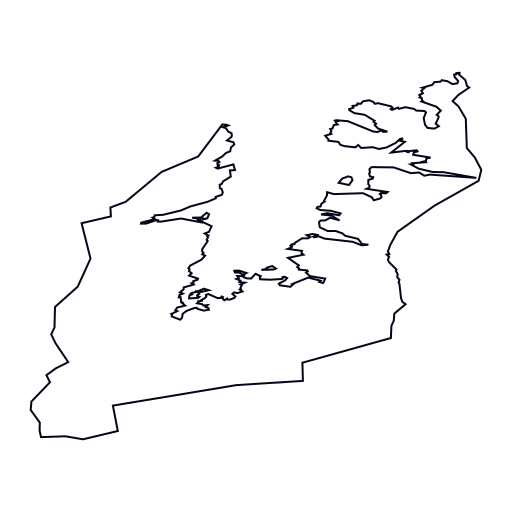 Lebesby nor, Finnmark, Norway (Robinson projection)
{"feature_id": "86288312B28845238871652", "entity_name": "Lebesby nor", "entity_type": "district", "adm_level": 2, "iso_a3": "NOR", "parent_name": "Norway", "parent_adm1": "Finnmark", "projection": "robinson", "projection_center": [27.103, 70.553], "detail": "fine", "context": "isolated", "style": "outline", "palette": "ink", "viewbox_px": 512, "rotation_deg": 0, "n_neighbors": 0, "source": "geoboundaries", "source_scale": "gbopen_adm2", "svg_char_len": 6087}
<svg xmlns="http://www.w3.org/2000/svg" viewBox="0 0 512 512"><path d="M405.6,304.2L402.3,301.8L401.0,298.0L399.4,283.7L398.6,282.6L399.5,279.8L397.1,277.0L397.8,274.4L395.9,271.0L396.5,269.6L388.8,261.9L387.9,259.5L389.1,257.0L386.7,254.6L389.3,254.2L387.9,251.5L390.2,245.1L397.5,231.8L434.6,205.6L478.6,180.8L481.3,169.8L474.9,157.6L466.8,148.0L465.8,118.8L458.5,106.4L452.6,101.1L458.3,95.0L469.2,87.6L467.0,86.0L465.3,80.0L458.2,73.8L460.4,72.7L456.3,73.1L456.0,74.4L454.2,74.6L454.6,77.1L458.1,80.8L457.4,83.3L452.5,84.1L447.4,81.2L441.7,80.2L440.7,81.6L434.3,82.2L432.4,84.8L422.5,87.7L424.2,88.2L421.3,90.7L422.9,93.3L419.3,95.0L420.4,96.3L419.6,97.4L421.8,98.1L421.9,100.3L422.9,101.1L421.8,101.6L436.4,106.7L440.8,110.6L436.7,114.9L438.5,116.1L438.6,117.5L435.7,123.6L438.8,126.2L434.5,128.6L427.5,127.9L425.0,124.7L423.7,118.0L426.0,112.4L424.5,111.0L416.3,110.6L414.1,108.9L405.4,107.2L398.8,108.8L398.0,107.6L392.0,109.9L390.7,109.0L392.5,107.7L391.3,106.4L378.1,103.2L374.8,103.8L373.3,101.9L369.2,100.3L363.0,101.3L360.9,103.8L357.5,103.5L357.7,104.5L356.0,105.5L352.6,105.9L353.4,107.7L349.1,109.1L349.3,110.1L354.3,113.1L364.7,114.8L374.6,120.8L373.6,122.0L376.1,123.7L374.7,125.1L378.0,128.5L387.4,131.7L383.0,131.8L381.5,130.3L377.5,132.0L373.2,131.5L347.9,121.2L336.3,120.2L335.3,120.5L336.1,121.0L335.2,121.0L336.0,121.2L335.5,122.0L337.6,124.5L333.8,125.0L332.6,128.4L330.2,129.0L331.4,131.0L330.3,132.9L331.3,133.9L325.2,135.7L328.5,139.5L328.4,140.7L338.4,141.9L340.2,144.7L344.3,146.1L354.8,147.3L356.6,147.0L355.6,147.0L358.2,145.0L361.2,148.0L372.9,147.2L379.0,149.0L386.7,147.4L396.0,142.7L399.8,139.1L403.0,138.3L399.8,140.7L404.8,141.8L391.2,152.6L405.7,150.9L408.0,151.1L407.4,152.0L408.5,152.2L410.0,151.0L416.8,150.3L417.5,151.4L413.8,152.5L413.2,154.8L430.6,157.6L426.3,158.6L426.0,161.0L423.1,161.6L424.6,162.3L410.9,163.3L414.5,164.1L410.8,164.4L418.7,168.7L432.9,172.0L443.7,172.2L476.4,177.9L430.0,174.6L424.3,175.7L419.1,172.5L411.0,173.2L393.6,167.4L371.5,167.1L369.4,169.2L370.0,172.4L369.1,173.5L370.0,176.4L373.2,177.2L372.7,178.6L368.3,180.0L368.3,184.3L369.7,186.0L369.1,187.7L366.6,188.8L387.6,192.0L385.9,193.4L380.9,193.0L379.8,194.1L381.0,194.8L381.5,197.2L380.3,198.4L373.7,200.3L371.9,197.3L363.0,193.2L333.9,194.1L327.1,192.2L327.0,195.3L324.1,200.8L324.7,201.5L321.5,203.6L320.5,206.5L317.4,206.9L316.7,208.3L320.3,210.0L330.9,210.8L340.6,213.4L339.1,215.3L327.3,213.2L321.0,214.5L331.3,215.5L339.6,220.4L330.1,217.7L325.3,220.4L320.5,220.6L319.0,222.1L319.8,227.3L327.6,231.0L335.7,231.0L342.4,233.4L345.2,235.8L358.1,238.9L362.0,244.0L368.4,244.7L361.7,245.3L352.7,241.8L324.5,238.6L318.6,236.3L314.3,237.3L313.5,236.7L318.7,235.1L312.7,234.0L306.8,235.2L310.2,237.1L308.1,238.3L302.1,238.3L294.7,243.0L294.5,244.1L291.5,244.4L290.5,245.6L292.1,246.3L291.7,247.3L287.8,248.9L302.0,250.9L301.5,253.1L303.5,254.7L288.0,257.9L298.8,265.4L297.2,267.1L299.0,268.3L298.8,269.6L307.2,270.4L307.8,271.4L306.0,272.6L309.9,276.1L325.2,278.6L323.3,283.0L319.3,282.0L320.6,280.7L308.2,277.6L292.3,284.0L293.1,284.4L290.4,286.8L279.9,285.3L278.9,283.6L285.2,280.3L287.1,278.0L284.4,276.7L282.7,277.1L283.2,278.0L282.0,279.0L270.5,279.7L260.1,279.3L259.7,277.3L260.7,276.2L255.5,273.8L251.2,278.5L246.9,278.4L243.7,277.2L243.8,276.2L237.3,276.0L238.8,278.2L236.5,279.0L240.3,280.6L239.4,282.1L244.7,282.7L240.8,284.5L242.0,284.8L240.4,288.1L241.0,289.1L239.9,289.6L242.4,291.5L237.4,293.1L234.1,292.4L232.4,293.9L235.4,296.5L234.4,297.9L229.9,299.6L227.3,299.5L227.1,298.6L224.3,300.3L222.4,298.3L223.0,297.1L221.6,296.5L220.7,298.0L217.6,298.1L208.2,294.0L205.9,295.0L206.3,296.5L205.3,297.8L200.1,300.8L202.9,300.7L198.1,301.4L198.4,302.3L197.2,303.3L202.3,304.2L203.3,305.5L207.6,305.1L205.7,307.0L208.3,308.0L208.9,309.7L203.9,310.6L197.6,308.9L196.8,307.8L194.4,308.0L186.8,310.8L182.7,313.8L182.0,317.9L180.2,319.7L171.7,316.4L172.1,314.9L171.2,314.0L177.3,311.1L175.4,310.1L177.2,307.5L185.2,305.6L181.7,302.7L182.4,302.5L181.1,301.4L180.6,297.2L178.8,297.3L179.5,295.0L182.8,293.6L179.9,292.4L183.6,289.4L183.7,287.4L193.6,284.6L191.6,283.2L193.5,282.7L193.3,281.1L197.6,279.7L198.0,278.6L189.1,275.6L191.6,273.2L189.0,271.1L189.6,269.3L188.4,268.3L190.2,265.6L201.4,259.7L205.1,255.7L202.3,254.3L203.6,253.0L202.2,251.5L202.2,249.2L207.7,241.1L206.6,239.8L208.0,237.4L207.2,236.3L208.4,235.5L204.7,233.5L209.0,231.8L211.6,226.2L198.6,220.1L201.7,218.3L204.4,218.7L203.9,219.2L207.3,218.3L209.1,214.2L206.5,212.8L201.1,217.5L192.2,217.7L196.8,218.4L200.4,222.2L181.0,218.5L161.3,221.6L157.9,221.6L158.1,220.2L156.2,220.2L146.1,223.6L141.0,223.6L141.3,222.6L155.0,219.1L152.6,217.6L154.4,216.9L154.7,215.3L163.2,214.8L181.1,210.4L190.5,206.4L207.6,201.8L215.8,198.3L215.6,196.9L221.9,194.8L222.8,192.3L221.6,189.0L219.9,188.3L219.7,184.7L221.9,183.8L223.1,181.3L230.8,176.6L229.9,170.4L235.0,170.1L233.4,164.4L217.7,168.6L215.9,167.7L218.6,166.7L219.1,165.2L217.7,165.1L217.3,163.3L219.4,162.1L218.4,160.9L215.1,160.6L222.4,156.4L226.0,152.9L230.2,151.3L231.0,147.4L234.3,144.4L233.5,142.3L227.0,140.5L231.5,136.9L231.9,135.2L231.5,133.2L228.4,131.7L225.7,128.0L222.9,127.2L228.2,125.4L226.2,124.7L222.3,124.5L198.2,156.5L161.6,171.9L125.7,201.8L110.4,207.5L110.9,216.4L81.6,223.2L90.5,258.6L77.7,286.7L55.0,307.0L54.5,327.5L51.2,334.3L55.5,343.2L68.2,362.1L55.9,368.3L46.4,375.2L50.0,382.2L31.4,401.6L30.7,410.0L39.8,422.6L39.6,430.7L41.0,437.1L65.4,436.3L83.0,439.3L117.8,431.0L112.9,405.6L236.4,385.1L302.9,380.9L302.4,362.7L390.9,338.0L391.4,325.9L393.8,320.6L394.3,313.6L405.6,304.2ZM348.0,176.4L342.2,178.6L338.7,182.8L348.9,185.0L352.5,180.2L351.4,177.2L348.0,176.4ZM208.7,290.2L203.9,288.7L197.7,291.3L195.1,291.1L196.5,291.9L192.0,292.9L190.9,293.6L191.9,294.5L189.4,295.3L189.1,298.4L198.1,297.9L199.3,296.9L197.3,296.4L197.1,295.4L199.2,294.0L198.1,292.6L208.7,290.2ZM273.5,269.5L275.9,268.5L272.2,266.0L266.8,267.7L267.1,268.8L261.4,269.9L273.5,269.5ZM239.5,270.7L233.5,270.7L235.3,271.4L235.0,272.5L239.7,272.7L243.0,274.9L245.2,275.0L243.7,274.2L246.4,273.0L239.5,270.7Z" fill="none" stroke="#020617" stroke-width="2"/></svg>